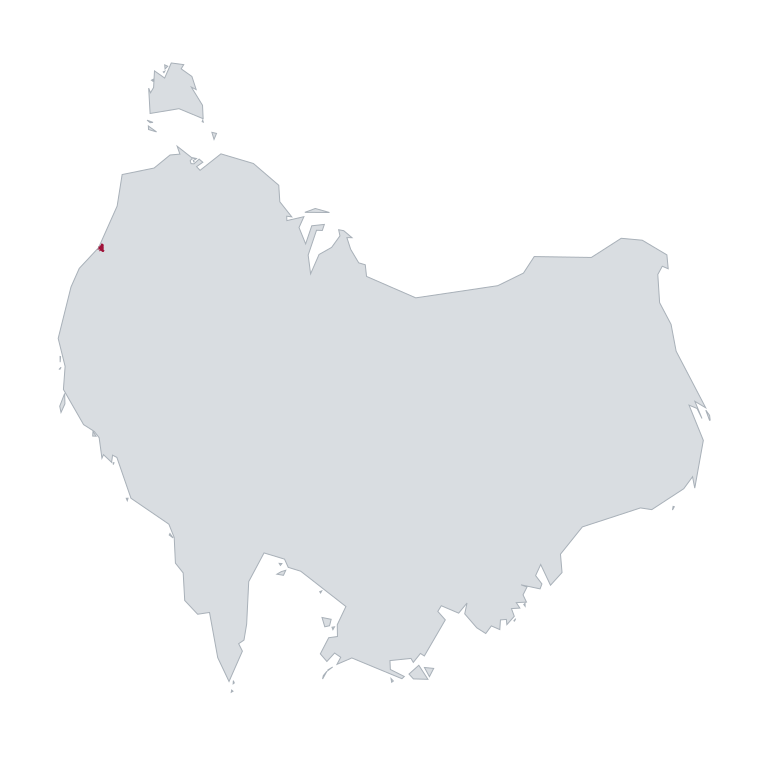 Hornsby, New South Wales, Australia shown in context, rotated 182°
{"feature_id": "25037944B15233431502175", "entity_name": "Hornsby", "entity_type": "district", "adm_level": 2, "iso_a3": "AUS", "parent_name": "Australia", "parent_adm1": "New South Wales", "projection": "robinson", "projection_center": [151.145, -33.572], "detail": "fine", "context": "in_parent", "style": "filled", "palette": "rose", "viewbox_px": 768, "rotation_deg": 182, "n_neighbors": 0, "source": "geoboundaries", "source_scale": "gbopen_adm2", "svg_char_len": 5920}
<svg xmlns="http://www.w3.org/2000/svg" viewBox="0 0 768 768"><g transform="rotate(182 384 384)"><path d="M540.6,104.7L550.4,149.6L562.2,147.4L575.6,160.7L578.1,188.2L586.2,197.7L588.3,223.2L594.1,236.4L632.9,261.0L648.4,301.3L652.8,303.4L653.5,296.2L661.9,303.6L663.3,300.0L666.8,320.4L671.9,326.5L682.8,332.9L704.2,367.4L703.3,390.5L711.2,418.2L700.2,470.0L692.6,488.9L674.0,510.3L656.9,552.5L653.0,584.2L621.3,591.8L605.8,605.4L596.0,606.6L599.0,614.4L583.4,603.0L585.5,600.3L584.5,597.5L581.6,597.4L576.6,602.3L572.8,599.3L578.9,594.7L575.3,591.1L555.0,608.3L522.2,599.8L496.1,578.9L494.5,562.5L482.0,547.8L487.1,548.3L486.8,543.9L469.9,548.4L474.4,537.4L467.2,521.3L461.7,539.6L449.2,541.4L451.0,535.3L456.8,535.3L464.3,510.2L461.2,491.5L453.4,511.2L441.1,518.7L433.2,530.5L434.7,536.6L429.6,535.8L421.1,529.1L426.2,529.0L422.0,517.4L413.5,504.2L406.9,502.5L405.2,490.9L355.3,471.2L273.8,486.2L248.5,499.7L238.3,516.6L181.2,517.7L152.0,537.9L130.9,536.7L105.8,522.9L104.0,509.1L110.0,511.4L114.2,503.0L111.4,474.9L99.2,453.6L93.2,427.0L61.7,371.5L72.7,377.5L65.0,360.6L70.3,370.5L78.4,373.5L62.9,338.8L69.8,290.8L72.4,302.1L80.8,289.8L112.0,267.8L123.4,269.1L180.8,248.1L201.7,220.1L199.5,201.8L210.6,188.7L221.1,209.1L225.8,197.8L219.2,189.7L220.9,184.7L240.1,188.1L234.0,186.1L237.7,178.1L234.0,171.0L244.2,170.1L240.4,164.8L248.8,164.0L245.7,156.4L252.8,147.8L253.5,153.0L259.4,152.3L259.7,142.6L268.3,146.0L273.6,138.2L282.8,143.6L295.3,157.1L293.4,168.0L301.4,157.6L319.0,164.4L322.3,158.6L314.5,150.4L334.2,113.6L338.2,116.0L345.0,106.8L347.5,110.7L368.4,107.8L367.7,98.9L353.5,92.4L355.8,90.1L406.6,109.1L421.2,102.2L417.7,109.4L424.0,113.4L431.4,104.7L438.2,112.1L430.4,128.5L421.7,130.0L422.3,141.8L414.3,160.3L460.7,194.0L473.3,197.4L477.3,205.5L498.0,211.0L512.3,181.8L512.9,139.2L515.0,123.2L520.2,119.4L516.2,112.1L528.5,81.3L540.6,104.7ZM574.0,642.8L598.5,652.0L627.2,646.2L629.5,671.5L627.5,666.9L624.6,672.3L624.3,688.9L613.9,682.1L607.8,697.4L595.3,696.2L597.7,691.9L586.7,684.6L582.0,671.7L586.9,674.0L575.1,656.2L574.0,642.8ZM329.8,90.4L344.3,90.3L348.9,95.0L339.4,104.1L329.8,90.4ZM444.5,553.5L469.1,552.8L458.8,557.0L444.5,553.5ZM434.7,139.3L437.8,148.5L428.6,147.0L430.0,140.5L434.7,139.3ZM702.8,363.4L702.2,353.0L705.8,344.3L707.3,350.5L702.8,363.4ZM620.1,628.0L628.2,630.1L628.5,633.6L620.1,628.0ZM328.4,93.1L333.7,102.1L324.4,101.5L328.4,93.1ZM564.8,629.5L560.1,628.6L562.4,622.5L564.8,629.5ZM484.4,190.2L480.1,192.9L475.7,194.4L477.8,189.3L484.4,190.2ZM61.5,369.1L57.5,364.0L56.8,359.3L57.4,359.1L61.5,369.1ZM626.8,637.0L630.0,639.4L624.0,637.4L626.8,637.0ZM669.9,321.8L673.3,321.8L673.2,326.4L669.9,321.8ZM589.4,222.8L593.4,225.6L592.7,227.1L589.4,222.8ZM613.8,691.2L614.3,695.3L611.2,694.0L613.8,691.2ZM708.4,394.5L708.7,400.2L708.2,400.1L708.4,394.5ZM366.7,89.9L364.3,87.5L365.9,86.2L366.7,89.9ZM434.5,90.4L431.0,95.0L435.1,87.0L434.5,90.4ZM709.0,387.6L707.3,389.5L708.4,387.4L709.0,387.6ZM441.0,174.2L439.0,175.1L440.1,172.9L441.0,174.2ZM427.5,139.1L425.0,139.6L426.5,136.7L427.5,139.1ZM91.3,268.1L90.8,271.8L89.6,271.5L91.3,268.1ZM524.3,79.1L524.2,82.3L523.2,80.0L524.3,79.1ZM581.7,598.9L582.4,600.9L581.5,600.3L581.7,598.9ZM430.1,96.3L425.4,99.4L430.2,95.5L430.1,96.3ZM245.9,151.9L244.2,154.1L245.3,151.6L245.9,151.9ZM615.5,688.2L614.0,689.0L614.8,687.5L615.5,688.2ZM482.5,201.1L479.8,201.0L481.2,199.1L482.5,201.1ZM236.6,168.5L235.4,169.7L235.2,166.8L236.6,168.5ZM627.0,679.5L624.9,680.7L625.5,678.5L627.0,679.5ZM525.9,70.6L525.6,72.8L524.2,71.7L525.9,70.6ZM580.6,601.6L582.7,603.4L579.2,602.8L580.6,601.6ZM637.6,260.8L635.8,260.9L636.5,258.4L637.6,260.8ZM652.0,295.9L651.1,295.9L651.7,294.0L652.0,295.9ZM574.9,639.8L574.4,641.3L573.7,639.4L574.9,639.8Z" fill="#d9dde1" stroke="#a8b0b8" stroke-width="1"/><path d="M669.3,506.5L669.2,506.7L669.2,506.8L669.2,507.0L669.0,507.3L669.3,507.4L669.3,507.5L669.5,507.9L669.5,508.0L669.6,508.3L669.6,508.5L669.8,508.6L669.8,508.8L669.9,509.1L669.7,509.3L669.7,509.5L669.6,509.8L669.6,510.1L669.6,510.3L669.6,510.5L669.8,510.8L669.8,511.0L669.8,511.5L669.9,511.8L669.8,512.0L669.9,512.3L670.0,512.4L669.9,512.4L669.7,512.4L669.7,512.5L669.7,512.8L669.7,513.0L669.9,513.1L670.0,513.2L670.2,513.3L670.2,513.5L670.4,513.6L670.6,513.7L671.0,513.7L671.0,513.4L670.9,513.4L670.9,513.2L671.0,513.1L671.1,512.9L671.3,512.7L671.4,512.3L671.5,512.3L671.6,512.2L671.8,512.0L671.8,511.9L672.0,511.7L671.9,511.6L672.0,511.5L671.9,511.5L672.0,511.5L672.0,511.4L671.9,511.4L672.0,511.4L672.1,511.2L672.3,511.1L672.5,511.0L672.6,510.9L672.8,510.8L672.8,510.7L672.7,510.6L672.8,510.6L672.7,510.5L672.4,510.5L672.5,510.5L672.5,510.4L672.7,510.5L672.8,510.5L673.0,510.5L673.1,510.4L673.3,510.3L673.3,510.2L673.2,510.1L673.1,509.9L673.0,510.0L672.9,510.2L673.0,509.9L673.0,509.7L672.9,509.6L672.6,509.6L673.0,509.5L672.9,509.6L672.6,509.7L672.4,509.4L672.4,509.5L672.4,509.4L672.3,509.2L672.2,509.1L672.1,509.3L672.1,509.5L672.0,509.4L671.9,509.4L671.8,509.5L672.0,509.7L672.1,509.8L672.0,509.7L671.9,509.7L671.8,509.8L672.0,509.9L671.9,510.0L672.0,510.2L671.9,510.2L671.7,510.1L671.6,510.3L671.4,510.4L671.3,510.5L671.3,510.4L671.2,510.4L671.2,510.5L671.2,510.4L671.3,510.4L671.5,510.2L671.8,510.0L671.8,509.9L671.7,509.8L671.8,509.7L671.7,509.6L671.4,509.6L671.6,509.6L671.7,509.4L671.6,509.2L671.5,509.3L671.4,509.3L671.5,509.3L671.5,509.2L671.4,509.2L671.3,508.9L671.2,508.9L671.3,508.9L671.5,508.9L671.4,508.9L671.4,509.0L671.5,509.1L671.8,509.2L671.8,508.9L671.9,508.7L671.7,508.7L671.8,508.4L671.9,508.2L671.7,508.3L671.5,508.2L671.4,508.1L671.2,508.3L671.1,508.5L670.9,508.4L670.7,507.9L670.7,508.0L670.5,507.9L670.5,507.7L670.4,507.7L670.2,507.6L670.1,507.4L669.9,507.3L670.0,507.1L669.9,507.0L669.9,506.9L669.5,506.9L669.4,506.9L669.3,506.6L669.3,506.5ZM672.2,509.0L672.3,509.1L672.2,508.9L672.2,509.0ZM673.1,509.5L673.3,509.5L673.2,509.5L673.1,509.5ZM671.8,509.3L671.9,509.2L671.8,509.3Z" fill="#f43f5e" stroke="#9f1239" stroke-width="1.5"/></g></svg>